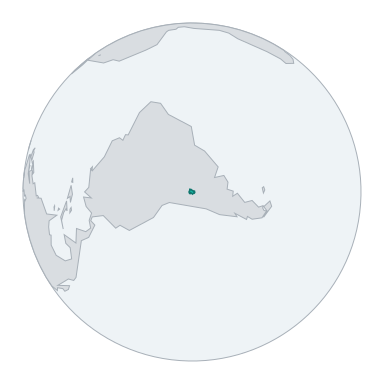 globe centered on Tucumán, rotated 277°
{"feature_id": "ARG-1305", "entity_name": "Tucumán", "entity_type": "Province", "adm_level": 1, "iso_a3": "ARG", "parent_name": "Argentina", "parent_adm1": "", "projection": "orthographic", "projection_center": [-65.419, -27.064], "detail": "fine", "context": "on_globe", "style": "filled", "palette": "teal", "viewbox_px": 384, "rotation_deg": 277, "n_neighbors": 0, "source": "natural_earth", "source_scale": "10m", "svg_char_len": 4213}
<svg xmlns="http://www.w3.org/2000/svg" viewBox="0 0 384 384"><g transform="rotate(277 192 192)"><circle cx="192" cy="192" r="169" fill="#eef3f6" stroke="#a8b0b8"/><path d="M150.5,28.2L149.4,28.5L150.5,28.4L164.0,26.5L163.0,27.4L165.5,28.1L168.6,27.0L167.7,26.2L174.0,24.9L172.2,24.5L174.5,24.1L174.8,23.9L180.6,23.4L186.1,23.2L186.1,23.5L188.5,23.6L193.2,23.2L197.9,24.2L209.0,26.1L209.5,26.7L202.1,27.4L190.2,27.2L180.5,29.9L192.7,27.8L193.9,30.2L196.6,30.6L200.0,30.6L201.8,29.7L203.5,30.7L192.1,32.6L190.4,31.7L194.1,31.0L188.4,31.2L180.8,33.3L182.0,34.8L169.1,37.9L169.8,39.1L167.4,40.8L167.2,38.5L167.4,43.0L152.5,50.4L152.5,60.7L146.0,53.7L139.8,54.0L132.2,55.8L132.0,57.4L122.1,58.7L112.6,64.9L108.2,74.6L110.9,80.7L121.9,77.9L125.7,73.0L134.1,70.3L127.2,83.0L141.7,81.8L139.7,91.4L143.8,95.8L151.3,93.4L158.9,94.9L164.7,88.7L173.8,85.0L173.8,92.8L179.0,85.4L184.0,89.0L202.2,88.6L200.8,90.4L216.2,100.7L233.1,106.6L237.0,113.4L234.9,117.1L240.8,119.0L240.9,121.7L264.5,130.2L276.6,140.2L276.2,150.0L266.1,159.1L256.9,183.3L238.8,188.9L234.2,199.5L220.1,214.9L209.1,212.6L212.3,221.6L206.2,226.5L199.1,226.5L197.9,232.8L192.7,232.9L196.3,237.2L188.1,245.6L190.9,252.7L185.1,259.9L187.1,264.2L184.7,264.1L182.4,265.8L182.3,268.3L174.9,264.6L172.3,255.0L174.5,250.0L171.4,249.5L176.1,237.1L172.9,239.7L172.9,222.2L177.0,208.1L178.8,170.8L175.0,163.9L162.0,156.9L146.2,134.5L150.2,124.6L146.8,120.7L157.8,106.8L155.1,96.0L151.2,95.0L147.3,99.6L134.4,95.0L130.2,88.1L93.1,87.3L89.8,85.4L90.6,79.9L83.0,70.2L84.1,81.9L80.2,81.2L78.0,77.9L80.4,75.5L80.6,70.2L77.8,70.4L81.6,64.4L89.6,57.6L100.8,49.8L112.5,42.9L124.8,37.0L137.5,32.1L150.5,28.2ZM151.3,64.7L167.9,68.6L158.0,70.3L160.0,69.0L155.9,67.1L148.0,66.0L139.5,68.7L151.3,64.7ZM159.6,57.5L156.6,57.5L159.5,57.1L159.6,57.5ZM171.6,24.3L173.1,24.1L172.3,24.2L171.6,24.3ZM187.5,272.8L175.6,266.1L182.2,269.0L186.2,265.0L192.6,270.4L187.5,272.8ZM199.7,263.0L204.7,261.2L206.0,262.5L202.9,264.0L199.7,263.0ZM310.8,71.8L313.0,74.4L310.5,72.6L304.7,67.8L294.4,57.9L298.6,60.9L310.8,71.8ZM348.5,255.6L343.4,266.7L342.7,266.9L339.4,272.6L336.0,276.1L332.1,277.3L331.0,269.6L334.9,263.7L340.4,249.4L349.7,218.7L354.2,209.1L355.8,199.4L354.6,174.0L355.1,164.3L353.8,158.3L351.6,156.3L349.6,149.1L347.8,147.1L334.0,139.3L327.2,128.9L313.0,103.8L313.7,97.6L309.3,88.6L310.1,72.4L315.3,77.1L318.4,79.9L326.4,89.6L333.6,99.8L340.0,110.5L345.7,121.7L350.4,133.3L354.3,145.2L357.4,157.3L359.5,169.7L360.7,182.1L360.9,194.6L360.3,207.1L358.7,219.6L356.2,231.8L352.8,243.9L348.5,255.6ZM315.8,82.5L317.1,84.8L315.8,82.5ZM202.8,88.5L205.0,90.1L202.1,90.1L202.8,88.5ZM156.5,73.3L160.1,73.0L161.9,73.9L159.1,74.6L156.5,73.3ZM187.3,71.3L191.5,71.9L187.0,72.5L187.3,71.3ZM170.5,69.1L183.9,71.2L175.2,73.6L166.8,72.6L172.7,71.5L170.5,69.1ZM157.5,61.3L159.7,61.5L158.9,62.7L157.5,61.3ZM161.7,57.3L160.8,57.5L159.8,56.7L161.7,57.3ZM194.6,30.0L195.6,29.9L198.9,30.1L197.2,30.4L194.6,30.0ZM214.6,29.4L216.8,31.0L214.0,29.9L212.1,30.4L203.8,29.1L209.4,27.0L208.3,28.0L214.6,29.4ZM194.4,27.4L199.0,28.0L193.7,27.4L194.4,27.4ZM189.1,23.1L191.0,23.1L187.4,23.1L189.1,23.1ZM222.9,25.9L223.6,26.0L216.3,24.8L213.6,24.4L222.9,25.9Z" fill="#d9dde1" stroke="#a8b0b8" stroke-width="1"/><path d="M191.4,189.1L191.5,189.1L191.9,189.2L192.0,189.2L192.3,189.1L192.4,189.3L192.9,189.6L193.0,189.6L193.3,189.7L193.5,189.6L193.9,189.5L194.5,189.5L194.5,189.8L194.4,190.1L194.4,190.5L194.4,190.8L194.2,190.9L194.1,191.2L193.9,191.3L193.8,191.8L193.7,191.9L193.7,192.0L193.6,192.3L193.5,192.5L193.4,192.7L193.4,192.8L193.1,193.0L192.9,193.2L193.0,193.2L193.0,193.3L193.1,193.5L192.9,193.5L193.0,193.9L193.1,194.1L192.9,194.4L192.9,194.5L192.7,194.5L192.4,194.5L192.3,194.4L192.2,194.4L192.0,194.5L191.9,194.6L191.7,194.8L191.4,194.6L191.3,194.3L191.3,194.2L191.2,194.2L190.9,194.2L190.8,193.9L190.7,193.8L190.7,193.7L190.5,193.1L190.4,193.0L190.2,192.8L190.0,192.7L190.2,192.4L190.3,192.3L190.3,192.2L190.5,191.9L190.8,191.6L190.8,191.3L190.9,191.1L190.8,190.9L190.7,190.9L190.5,190.7L190.4,190.6L190.2,190.6L190.1,190.4L190.1,190.2L190.2,189.9L190.3,189.7L191.1,189.7L191.2,189.8L191.2,189.7L191.3,189.7L191.3,189.4L191.3,189.2L191.4,189.1Z" fill="#14b8a6" stroke="#0f766e" stroke-width="1.5"/></g></svg>